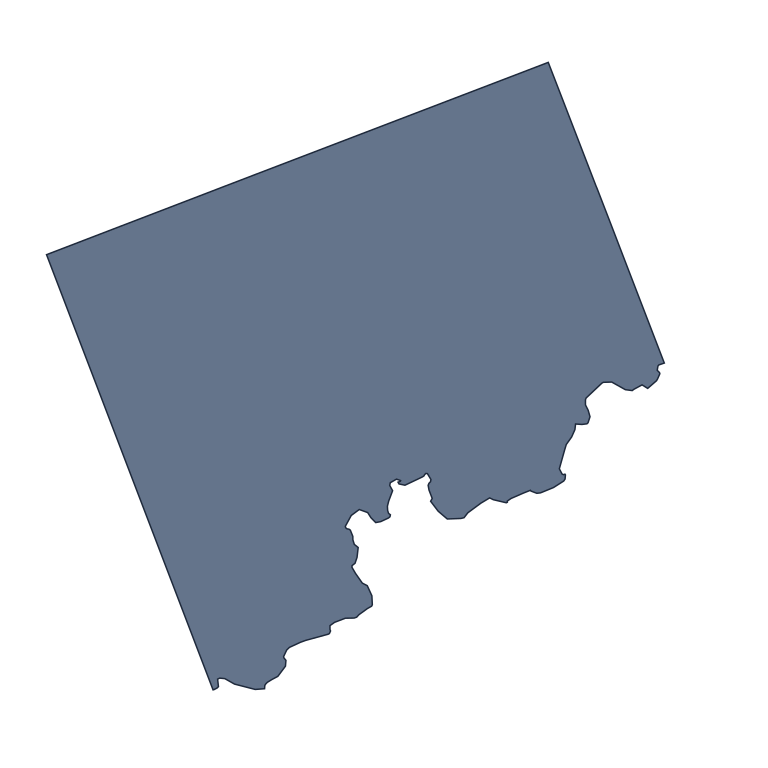 the district of Lincoln, South Dakota, United States of America, rotated 69°
{"feature_id": "52423323B14637934462643", "entity_name": "Lincoln", "entity_type": "district", "adm_level": 2, "iso_a3": "USA", "parent_name": "United States of America", "parent_adm1": "South Dakota", "projection": "equal_earth", "projection_center": [-96.553, 43.292], "detail": "fine", "context": "isolated", "style": "filled", "palette": "slate", "viewbox_px": 768, "rotation_deg": 69, "n_neighbors": 0, "source": "geoboundaries", "source_scale": "gbopen_adm2", "svg_char_len": 2054}
<svg xmlns="http://www.w3.org/2000/svg" viewBox="0 0 768 768"><g transform="rotate(69 384 384)"><path d="M142.3,652.7L259.7,652.8L608.3,653.2L608.4,652.1L608.0,648.7L607.2,647.0L599.9,645.1L599.7,642.8L602.0,638.2L610.6,631.1L614.3,625.9L623.0,613.7L625.7,604.7L622.7,603.3L621.6,601.8L620.7,599.8L619.7,594.4L618.9,587.9L612.1,577.1L606.9,574.6L603.7,575.6L602.5,575.4L597.5,570.2L596.0,566.7L595.2,554.6L595.3,548.9L597.6,525.6L597.4,524.4L595.4,522.4L593.8,522.4L590.2,521.0L588.8,515.6L588.8,504.0L591.8,495.8L591.9,493.1L590.4,490.1L587.7,480.0L587.0,475.2L585.9,474.0L577.4,471.2L566.3,471.9L562.1,475.6L550.5,478.5L543.7,479.6L542.1,478.9L541.0,475.3L536.2,471.3L527.4,466.7L523.1,469.2L518.3,468.9L515.1,467.7L508.4,467.8L507.0,468.7L506.0,470.4L504.4,471.3L503.0,471.1L495.0,461.7L492.3,452.1L498.2,445.3L504.2,444.1L510.4,441.4L511.3,436.4L510.7,427.8L510.1,426.0L508.4,424.9L506.4,426.1L503.3,425.9L499.3,424.6L494.9,421.5L486.7,414.2L480.7,415.0L478.4,413.5L477.3,406.4L480.1,403.1L480.7,403.6L480.7,406.1L482.7,405.8L486.0,400.7L484.8,384.8L484.5,381.3L484.1,379.6L483.2,378.6L482.5,377.0L483.2,375.6L490.0,374.4L491.9,375.6L492.8,377.6L494.4,379.1L499.1,380.0L499.9,380.0L508.1,380.0L510.2,382.5L522.2,379.0L532.7,373.3L537.1,360.4L537.5,357.2L534.3,351.9L530.0,336.4L528.2,326.2L531.2,323.4L538.7,312.4L538.6,311.2L537.5,310.9L536.4,306.4L535.8,293.0L535.7,285.4L536.6,285.2L540.8,280.5L541.7,277.0L541.7,275.3L541.4,262.8L539.0,251.0L537.6,249.0L533.9,247.2L533.0,247.4L533.0,248.9L531.9,250.0L526.0,250.7L510.3,239.0L505.8,235.5L500.7,227.8L495.0,222.1L490.0,219.5L492.7,213.7L493.9,208.8L493.3,207.4L488.4,203.4L481.7,202.8L475.8,203.4L474.1,202.8L470.8,201.5L469.5,200.3L461.3,180.3L461.0,178.7L463.8,170.7L475.8,160.7L479.1,154.6L478.5,152.6L477.3,143.4L482.6,139.4L478.6,128.4L477.4,126.9L473.3,122.8L472.1,122.7L469.1,124.0L465.4,121.8L464.7,120.6L464.9,114.8L462.4,114.8L357.4,114.9L317.5,114.9L277.7,115.0L275.2,115.1L177.0,115.3L142.6,115.4L142.3,427.6L142.3,652.7Z" fill="#64748b" stroke="#1e293b" stroke-width="1.5"/></g></svg>